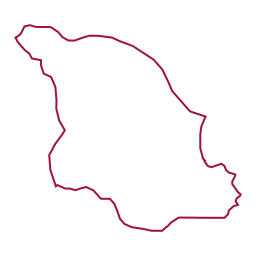 the district of Jongphyong, Hamgyŏng-namdo, North Korea
{"feature_id": "82179303B98077140175950", "entity_name": "Jongphyong", "entity_type": "district", "adm_level": 2, "iso_a3": "PRK", "parent_name": "North Korea", "parent_adm1": "Hamgyŏng-namdo", "projection": "albers", "projection_center": [127.328, 39.697], "detail": "fine", "context": "isolated", "style": "outline", "palette": "rose", "viewbox_px": 256, "rotation_deg": 0, "n_neighbors": 0, "source": "geoboundaries", "source_scale": "gbopen_adm2", "svg_char_len": 1258}
<svg xmlns="http://www.w3.org/2000/svg" viewBox="0 0 256 256"><path d="M24.5,26.4L22.3,30.9L20.2,34.4L17.2,36.7L15.4,37.6L16.0,38.4L17.5,41.7L20.4,45.1L24.8,50.1L29.2,53.5L32.0,58.5L41.0,60.2L40.9,65.2L43.7,73.6L51.1,77.0L55.4,87.0L56.5,100.3L56.3,108.6L59.1,120.3L64.8,130.3L61.7,135.2L55.5,143.5L49.2,155.1L50.4,170.1L55.9,186.3L57.5,185.1L65.0,188.5L69.5,188.5L75.5,190.2L80.0,188.6L86.1,187.0L93.5,190.4L96.4,193.7L100.9,198.7L103.9,198.8L109.9,198.8L114.3,203.8L117.1,210.5L120.0,218.8L124.4,223.9L131.8,227.2L143.8,229.0L151.3,230.7L161.9,230.8L168.0,225.8L171.1,222.5L178.7,217.6L186.2,217.6L196.8,217.7L210.3,217.8L224.5,217.8L228.0,214.3L228.9,210.4L233.5,206.2L238.0,204.8L235.6,201.2L236.7,198.3L240.2,195.7L240.6,194.3L238.0,192.2L232.3,184.1L232.3,181.4L235.3,175.6L235.1,174.3L228.9,172.6L226.0,169.9L224.4,165.9L221.8,164.1L221.3,163.8L211.5,167.2L207.8,166.0L204.4,161.1L205.0,160.5L203.0,158.5L200.3,148.3L200.3,145.6L200.3,134.1L201.3,126.6L205.5,116.6L189.9,111.3L182.6,102.9L172.3,91.2L168.0,81.2L162.3,69.5L153.5,59.5L143.1,52.8L132.8,46.0L119.4,41.0L112.0,37.6L98.5,35.8L89.5,35.7L83.5,37.4L74.4,40.6L68.5,40.5L62.5,37.2L58.2,32.1L50.8,27.1L41.8,27.0L35.8,26.9L29.9,25.2L24.5,26.4Z" fill="none" stroke="#9f1239" stroke-width="2"/></svg>